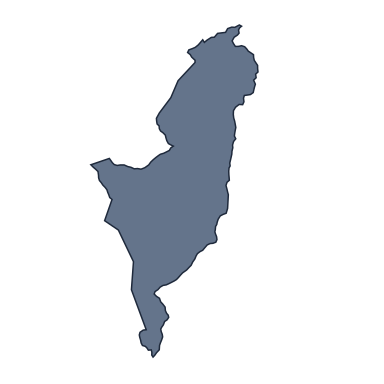 Nazaré, Tocantins, Brazil, rotated 77°
{"feature_id": "56859067B47209768197677", "entity_name": "Nazaré", "entity_type": "district", "adm_level": 2, "iso_a3": "BRA", "parent_name": "Brazil", "parent_adm1": "Tocantins", "projection": "natural_earth1", "projection_center": [-47.774, -6.322], "detail": "fine", "context": "isolated", "style": "filled", "palette": "slate", "viewbox_px": 384, "rotation_deg": 77, "n_neighbors": 0, "source": "geoboundaries", "source_scale": "gbopen_adm2", "svg_char_len": 2809}
<svg xmlns="http://www.w3.org/2000/svg" viewBox="0 0 384 384"><g transform="rotate(77 192 192)"><path d="M330.4,274.8L331.9,272.2L333.8,271.0L336.3,270.1L336.7,267.2L339.4,267.2L341.8,267.9L344.1,267.1L342.7,265.0L340.6,262.7L338.4,259.4L334.1,258.1L331.6,256.5L329.5,255.0L326.6,253.2L324.0,253.0L321.1,253.4L318.5,253.3L316.8,251.8L315.0,249.8L312.0,247.8L311.0,245.1L308.9,242.9L306.6,242.9L304.6,244.0L301.6,244.6L298.1,244.1L294.6,245.7L292.0,247.2L288.2,247.6L285.8,250.0L282.9,251.8L280.7,250.4L279.5,247.2L277.5,244.4L276.5,241.2L276.7,238.1L276.2,235.5L275.5,232.6L274.7,229.4L273.8,226.8L272.3,224.5L270.6,222.2L268.7,219.4L266.8,214.8L264.9,212.0L263.2,209.3L260.5,207.2L257.9,204.3L255.2,202.4L253.3,200.6L251.9,197.6L251.2,194.7L249.2,192.1L247.0,189.1L246.3,186.0L246.7,183.2L246.3,180.1L244.0,178.4L241.1,178.1L238.4,178.5L236.0,178.7L233.8,177.7L230.9,176.8L229.2,175.2L227.0,174.2L224.4,172.6L221.6,169.8L220.8,166.6L220.4,163.5L216.0,161.0L202.8,157.2L200.2,157.3L196.5,157.3L193.3,157.4L190.4,155.7L189.0,153.0L186.5,152.6L183.5,152.2L179.9,151.5L176.9,150.5L175.2,149.0L172.3,148.7L168.9,147.0L166.2,145.7L164.1,144.7L161.3,143.9L158.1,142.3L155.3,141.9L152.1,140.1L150.0,137.4L147.0,138.1L144.5,137.2L142.1,136.2L139.0,134.8L135.4,134.6L132.5,134.5L129.3,134.7L125.7,134.3L122.1,133.3L119.2,130.5L117.3,126.4L118.3,123.0L115.8,121.1L112.2,120.7L109.7,119.3L110.0,116.1L110.2,113.1L108.9,110.0L106.2,108.7L104.0,107.6L101.2,106.0L96.9,106.8L95.1,103.8L91.5,103.5L89.9,100.7L86.6,100.3L83.4,99.6L81.0,100.5L77.8,101.7L74.9,101.7L72.0,101.2L69.6,103.4L67.4,105.5L64.9,106.5L62.3,108.0L60.6,110.8L60.6,113.8L59.9,117.0L56.7,118.2L53.8,118.9L50.7,116.1L49.3,112.4L47.8,110.4L44.6,110.2L42.7,108.6L41.6,106.4L39.9,108.3L41.2,113.2L40.3,116.2L40.8,120.5L44.0,123.4L43.2,131.4L46.2,135.4L45.7,138.4L47.4,143.2L49.0,146.3L46.1,147.3L50.1,152.8L51.8,156.3L52.4,159.6L52.8,163.1L55.1,164.9L57.7,162.8L60.4,162.0L62.4,160.7L64.3,159.4L66.5,159.9L80.4,180.5L95.3,191.4L107.6,206.0L112.2,210.1L114.8,210.5L117.9,210.7L120.2,209.2L123.0,209.6L125.5,208.9L127.8,206.9L130.6,205.2L133.2,205.2L136.3,205.0L139.5,204.1L141.2,202.2L143.1,199.9L144.3,202.8L146.4,204.7L147.1,207.5L147.9,210.9L148.1,214.3L149.0,216.6L150.2,219.3L151.8,222.5L153.6,225.5L155.9,228.1L157.7,232.5L158.3,236.5L156.9,239.8L156.4,243.1L154.2,245.9L152.8,248.8L150.4,252.0L149.5,255.9L149.3,258.9L147.8,261.6L145.6,263.0L143.1,264.0L140.7,265.0L142.7,284.4L145.5,282.7L148.1,280.8L150.9,279.0L154.5,279.3L157.2,279.8L160.0,279.6L162.3,278.4L165.2,277.3L168.0,275.6L170.7,274.4L173.2,274.2L176.1,273.7L178.9,273.4L181.3,271.6L200.3,283.6L212.5,272.3L246.7,264.7L273.6,273.0L315.9,267.6L315.6,270.6L317.0,274.2L319.4,275.5L321.8,275.6L324.6,275.4L327.6,275.5L330.4,274.8Z" fill="#64748b" stroke="#1e293b" stroke-width="1.5"/></g></svg>